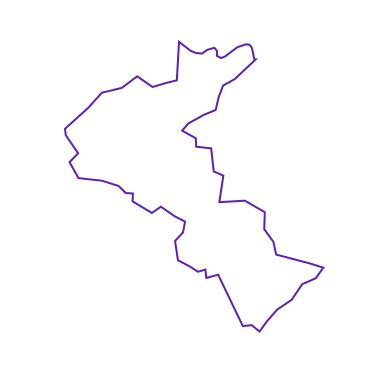 outline of Altiarik, Ferghana, Uzbekistan, rotated 169°
{"feature_id": "79887680B43666703114629", "entity_name": "Altiarik", "entity_type": "district", "adm_level": 2, "iso_a3": "UZB", "parent_name": "Uzbekistan", "parent_adm1": "Ferghana", "projection": "orthographic", "projection_center": [71.41, 40.491], "detail": "fine", "context": "isolated", "style": "outline", "palette": "violet", "viewbox_px": 384, "rotation_deg": 169, "n_neighbors": 0, "source": "geoboundaries", "source_scale": "gbopen_adm2", "svg_char_len": 1041}
<svg xmlns="http://www.w3.org/2000/svg" viewBox="0 0 384 384"><g transform="rotate(169 192 192)"><path d="M158.1,202.1L166.7,208.0L164.9,231.2L179.3,235.7L178.0,244.0L190.0,254.1L182.5,260.0L164.8,265.7L153.1,268.0L147.8,279.9L141.2,290.5L128.7,294.6L104.2,310.0L105.5,310.3L105.7,322.3L107.5,325.6L110.7,326.7L119.7,325.5L133.6,318.8L137.9,317.9L141.6,320.9L140.5,325.6L142.5,329.3L149.9,328.6L155.8,326.0L161.6,327.7L166.6,331.0L176.1,341.9L185.6,304.5L196.5,304.0L210.7,302.6L223.7,316.0L241.0,307.6L261.5,306.7L277.8,294.4L304.6,278.3L305.1,271.9L296.4,251.7L306.5,244.7L300.8,227.3L278.3,220.3L262.9,211.9L257.2,203.6L250.3,201.8L252.1,194.1L235.4,179.1L225.4,183.5L213.6,171.5L204.5,164.2L208.5,154.1L218.0,147.1L218.8,127.7L208.0,119.0L201.4,112.6L193.7,113.3L194.3,104.9L182.1,105.8L167.7,50.7L158.8,49.9L152.3,42.1L143.1,50.8L130.7,60.4L114.7,67.2L101.4,80.5L87.0,83.7L77.5,92.7L90.4,99.6L121.3,114.5L121.6,127.5L128.2,141.7L124.4,158.3L141.8,173.4L167.1,176.8L158.1,202.1Z" fill="none" stroke="#5b21b6" stroke-width="2"/></g></svg>